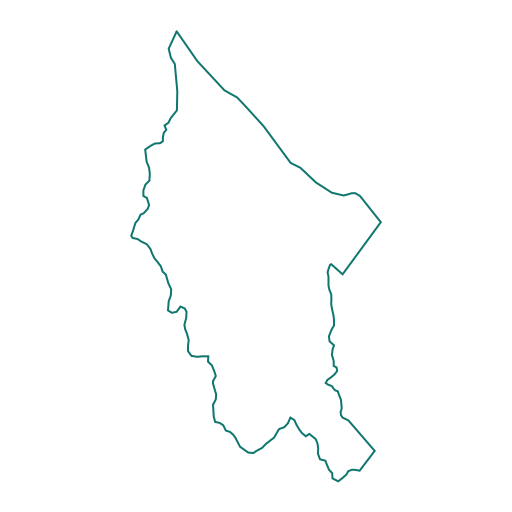 Setiu, Terengganu, Malaysia
{"feature_id": "92858781B44112931825428", "entity_name": "Setiu", "entity_type": "district", "adm_level": 2, "iso_a3": "MYS", "parent_name": "Malaysia", "parent_adm1": "Terengganu", "projection": "equal_earth", "projection_center": [102.786, 5.461], "detail": "fine", "context": "isolated", "style": "outline", "palette": "teal", "viewbox_px": 512, "rotation_deg": 0, "n_neighbors": 0, "source": "geoboundaries", "source_scale": "gbopen_adm2", "svg_char_len": 2337}
<svg xmlns="http://www.w3.org/2000/svg" viewBox="0 0 512 512"><path d="M374.7,450.9L369.8,445.2L348.4,420.4L342.6,417.6L341.0,415.2L340.6,412.1L341.7,408.4L341.0,399.9L338.8,394.4L337.8,391.3L335.3,390.4L333.7,388.8L331.9,386.1L328.0,384.6L325.7,383.0L327.3,380.0L331.2,377.2L334.2,374.7L335.3,373.5L337.2,370.8L336.5,367.4L333.7,365.9L333.7,361.0L331.9,354.8L332.6,349.3L334.0,345.3L329.6,341.4L328.9,336.5L331.4,330.0L334.0,325.4L334.0,319.6L333.3,314.4L332.1,309.5L331.2,304.3L331.4,298.8L331.2,294.2L329.4,289.9L328.5,285.6L328.5,281.6L328.5,276.7L327.6,272.4L328.5,269.1L330.1,264.8L331.2,264.2L342.6,274.3L380.8,222.2L360.0,196.0L355.3,193.2L351.8,193.2L348.9,194.1L343.6,195.5L331.8,192.7L316.1,182.6L300.4,167.8L290.7,163.0L263.6,126.2L245.8,106.6L237.2,97.5L230.4,93.7L224.4,90.3L197.3,61.1L176.2,30.7L176.6,31.5L168.7,48.7L170.9,57.8L174.8,64.0L177.3,91.3L176.9,110.4L173.0,115.2L170.5,118.5L168.4,122.8L164.5,125.5L166.3,129.8L163.8,132.8L162.9,137.1L162.9,141.1L160.1,143.2L155.1,143.5L152.4,144.8L149.9,146.3L145.2,149.6L146.6,161.6L149.1,167.8L149.8,174.0L149.4,180.7L145.5,184.5L143.4,190.3L143.4,196.0L146.9,197.9L149.1,205.1L147.7,208.9L143.7,213.2L140.5,214.7L138.4,219.5L135.5,222.8L134.1,227.1L133.0,230.9L131.2,235.7L132.5,237.9L137.7,239.1L141.2,241.5L146.9,244.3L150.5,249.1L151.9,253.0L154.4,258.2L157.6,262.1L160.9,266.4L162.6,271.6L165.8,274.5L168.3,283.1L171.2,289.3L170.8,295.5L168.7,301.3L168.0,310.4L171.9,312.8L176.6,311.8L180.5,306.6L184.8,308.5L186.5,311.8L186.2,318.0L184.4,324.7L185.1,329.0L186.9,333.4L188.7,340.1L188.0,345.8L188.0,351.1L191.5,355.9L197.2,356.8L202.6,356.3L208.3,356.3L208.0,361.6L211.9,365.4L214.4,371.6L215.8,376.0L213.0,381.2L213.0,383.6L216.2,394.6L215.8,399.4L213.0,404.7L213.3,409.0L213.7,416.2L215.1,421.9L219.7,422.9L223.3,425.3L225.8,430.5L230.1,432.0L233.3,434.8L235.4,437.7L237.6,442.0L240.1,446.8L248.3,452.6L253.6,453.0L256.1,451.1L262.2,447.8L265.4,444.4L270.8,440.1L274.0,437.7L279.0,429.1L284.3,427.2L287.9,423.3L290.4,417.6L294.3,420.0L296.5,424.8L299.0,429.1L301.8,432.9L305.8,436.3L309.3,433.9L315.7,439.1L317.5,443.5L318.2,448.7L317.9,453.5L320.0,459.3L325.4,460.7L326.8,464.5L329.0,469.8L332.2,473.1L332.5,478.4L338.2,481.3L341.4,478.9L346.4,474.6L348.2,471.2L351.8,469.8L355.0,469.8L359.6,470.7L374.7,450.9Z" fill="none" stroke="#0f766e" stroke-width="2"/></svg>